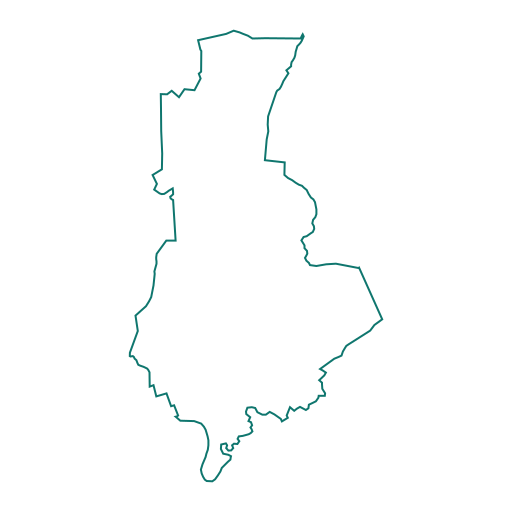 outline of Perak Tengah, Perak, Malaysia
{"feature_id": "92858781B97435964158184", "entity_name": "Perak Tengah", "entity_type": "district", "adm_level": 2, "iso_a3": "MYS", "parent_name": "Malaysia", "parent_adm1": "Perak", "projection": "orthographic", "projection_center": [100.916, 4.265], "detail": "fine", "context": "isolated", "style": "outline", "palette": "teal", "viewbox_px": 512, "rotation_deg": 0, "n_neighbors": 0, "source": "geoboundaries", "source_scale": "gbopen_adm2", "svg_char_len": 3082}
<svg xmlns="http://www.w3.org/2000/svg" viewBox="0 0 512 512"><path d="M198.1,40.2L200.4,49.6L201.3,51.0L201.1,71.7L198.8,73.7L200.6,78.5L194.5,90.2L184.5,89.2L179.0,97.2L171.7,90.8L167.1,94.3L160.8,94.1L161.0,108.4L161.2,131.0L162.2,153.5L161.9,169.3L152.6,175.0L156.9,183.9L154.2,189.6L159.6,193.4L161.7,194.1L164.2,193.9L167.0,192.1L168.8,190.7L172.7,188.4L173.1,192.1L173.1,194.3L172.0,195.3L170.2,196.8L170.6,198.4L171.9,199.4L173.1,200.0L175.6,240.6L166.3,240.6L156.7,253.8L156.2,257.2L156.2,259.1L156.5,261.3L156.5,263.8L154.4,271.4L154.7,273.9L153.5,285.5L151.2,297.1L149.0,301.4L146.0,306.2L135.5,315.6L137.8,331.0L129.9,352.7L129.8,356.1L130.5,356.5L132.8,356.1L133.9,357.0L134.6,358.6L136.4,360.2L137.4,362.9L138.3,364.8L140.3,365.7L143.5,366.8L145.4,367.7L147.2,368.6L148.3,370.0L149.5,372.3L149.7,386.6L153.5,385.2L156.3,396.4L166.5,393.4L171.1,406.2L174.1,405.3L178.1,415.5L177.0,416.4L175.7,416.7L180.3,420.7L194.2,421.1L201.2,423.6L203.9,426.7L205.6,429.7L206.4,432.3L207.6,436.4L208.4,440.3L208.4,445.3L207.8,449.8L206.4,453.7L205.6,457.0L202.5,464.3L200.9,469.6L201.7,473.5L203.1,476.8L204.8,479.6L206.7,481.0L212.3,481.3L215.1,479.3L217.9,475.4L220.4,471.5L221.8,467.9L227.9,461.8L230.4,459.6L230.7,457.5L231.0,456.2L228.4,454.8L223.2,453.7L220.9,449.0L221.2,444.5L225.9,443.4L227.1,445.3L226.2,448.1L228.4,450.6L231.2,450.4L233.2,448.1L232.1,445.3L234.0,443.7L237.4,444.0L239.3,441.2L237.6,438.9L238.8,436.4L242.7,435.9L246.0,435.0L248.8,434.2L250.7,433.1L252.4,431.4L251.6,429.2L250.5,427.5L252.1,425.3L251.0,422.2L248.5,421.1L250.2,417.2L246.3,414.1L246.0,411.6L247.4,407.7L251.8,407.2L255.2,408.0L257.4,412.2L260.2,413.6L262.4,414.7L265.8,414.7L269.7,411.9L274.4,414.4L280.8,418.9L281.9,421.4L287.8,417.8L286.7,415.5L290.0,407.2L294.2,410.8L297.0,408.6L300.0,406.9L305.9,410.0L308.4,408.3L308.9,404.7L313.1,402.7L315.9,401.3L318.4,397.7L318.7,395.8L324.8,395.8L325.1,393.3L322.3,388.8L322.0,384.3L322.0,382.7L319.2,380.2L324.3,375.4L325.9,372.6L322.6,370.4L320.1,369.0L334.3,358.7L338.5,357.0L341.5,355.6L342.9,351.5L344.9,348.1L346.3,345.9L348.8,344.2L370.2,330.6L374.4,325.0L382.2,319.3L359.4,268.4L359.1,267.8L358.9,268.1L335.9,263.7L326.2,264.3L316.4,266.0L310.0,265.1L308.9,262.9L306.4,260.7L305.0,257.9L306.1,256.0L307.3,253.7L307.0,250.9L304.5,248.2L304.5,245.4L303.1,243.1L301.4,240.4L303.6,237.0L306.7,236.2L310.6,233.4L312.8,232.0L314.2,228.9L313.9,226.2L312.3,223.4L313.1,219.8L315.3,217.2L316.4,214.2L316.4,209.4L315.0,202.2L313.4,199.4L310.9,197.5L308.6,193.9L306.7,190.0L303.9,187.7L302.0,185.8L298.9,184.7L295.6,182.7L292.2,180.2L288.0,178.0L284.4,174.9L284.7,162.4L264.9,160.2L266.7,139.4L268.3,131.4L267.7,124.6L268.1,116.4L276.3,92.2L277.2,90.6L279.5,89.0L280.9,86.8L282.2,84.0L283.4,81.1L285.2,78.3L288.4,73.3L286.4,70.3L291.1,66.3L291.1,64.7L291.6,62.1L292.8,60.5L294.4,57.8L295.2,55.3L295.7,51.7L296.6,48.7L297.3,46.2L299.1,44.4L300.5,42.8L301.7,40.9L303.7,36.4L302.7,34.3L301.9,35.7L300.6,38.5L265.2,38.2L252.4,38.5L247.9,35.7L242.9,33.8L239.6,32.4L233.7,30.7L226.2,33.9L198.1,40.2Z" fill="none" stroke="#0f766e" stroke-width="2"/></svg>